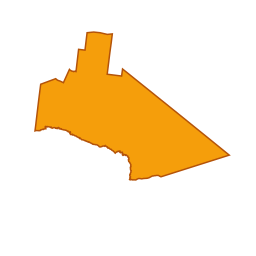 the district of Caseros, Santa Fe, Argentina, rotated 220°
{"feature_id": "61730980B68223475909099", "entity_name": "Caseros", "entity_type": "district", "adm_level": 2, "iso_a3": "ARG", "parent_name": "Argentina", "parent_adm1": "Santa Fe", "projection": "robinson", "projection_center": [-61.441, -33.197], "detail": "fine", "context": "isolated", "style": "filled", "palette": "amber", "viewbox_px": 256, "rotation_deg": 220, "n_neighbors": 0, "source": "geoboundaries", "source_scale": "gbopen_adm2", "svg_char_len": 5109}
<svg xmlns="http://www.w3.org/2000/svg" viewBox="0 0 256 256"><g transform="rotate(220 128 128)"><path d="M220.6,174.7L211.0,160.0L216.4,156.5L204.1,137.8L204.3,137.7L204.6,137.6L204.9,137.6L204.9,137.4L205.6,136.9L205.6,136.7L205.9,136.5L205.9,136.3L206.1,136.1L206.4,136.2L206.7,136.0L207.0,135.9L207.2,135.7L207.3,135.6L207.6,135.5L207.7,135.4L207.9,135.4L208.7,135.3L208.8,135.2L209.2,135.2L209.4,135.2L210.0,135.1L210.5,135.2L206.6,121.2L210.1,120.3L212.7,119.3L215.1,119.3L223.0,105.4L214.5,92.2L201.8,72.8L201.7,72.7L198.8,68.2L197.4,66.0L197.2,66.3L197.0,66.6L196.9,66.9L196.7,67.1L196.4,67.3L196.2,67.4L194.7,68.6L194.4,68.7L194.3,68.8L194.1,69.2L193.7,69.4L193.7,69.6L193.7,70.1L193.7,70.3L193.4,70.5L193.4,70.9L193.2,71.1L192.9,71.4L192.7,71.8L192.6,72.0L192.4,72.4L192.0,72.5L192.1,72.8L191.6,73.4L191.4,73.5L191.2,73.7L191.1,74.2L191.0,74.3L190.7,74.4L190.5,74.5L190.4,74.6L190.5,74.7L190.7,74.9L191.1,75.1L191.5,75.1L191.5,75.6L192.0,75.6L192.3,75.9L192.3,76.0L192.2,76.2L192.0,76.3L191.6,76.3L191.3,76.5L190.7,76.7L190.7,76.9L190.6,77.1L190.7,77.3L190.2,77.5L189.7,77.9L188.8,78.3L188.6,78.4L188.4,78.7L188.2,78.8L187.7,78.7L187.4,78.7L187.2,79.0L187.1,79.3L186.6,79.0L186.4,79.0L186.0,79.2L185.8,79.3L185.5,79.9L185.4,80.1L185.3,80.3L184.9,80.8L184.0,81.4L183.7,81.4L183.4,81.2L182.9,81.5L183.0,81.8L182.8,82.0L182.5,82.0L182.3,82.0L182.2,82.3L182.0,82.1L181.8,82.1L181.7,82.2L181.7,82.3L181.9,82.6L181.9,82.8L181.8,83.0L181.6,83.1L181.6,83.6L181.2,83.6L180.5,83.9L180.3,83.9L180.2,83.7L180.1,83.3L179.6,83.5L179.5,83.8L179.4,83.9L178.9,83.9L178.8,84.0L178.8,84.3L178.7,84.4L178.5,84.1L177.3,84.6L176.6,85.1L176.3,85.1L175.6,85.5L175.1,85.9L174.6,86.0L174.3,86.3L173.9,86.5L173.3,86.5L173.0,86.6L172.5,86.6L172.4,86.6L172.1,87.0L171.6,87.0L171.3,87.1L171.1,86.8L170.9,87.0L170.4,87.1L170.1,87.3L169.7,87.0L169.7,87.7L169.6,87.9L169.3,87.7L169.1,87.2L168.4,86.6L167.9,86.1L167.5,86.3L167.2,86.7L166.6,86.9L166.5,87.2L166.4,87.4L166.4,87.5L166.2,87.5L166.0,87.1L165.8,87.1L165.6,87.5L165.2,87.6L165.0,87.8L163.6,87.9L162.9,88.4L162.8,88.5L162.1,88.4L161.7,88.5L161.3,88.5L161.1,88.5L160.8,88.8L159.8,88.8L159.3,89.0L158.8,89.6L158.7,89.6L158.5,89.2L158.4,89.0L158.3,88.9L158.0,88.9L157.7,89.3L156.7,89.4L156.1,89.3L155.7,89.3L155.1,89.9L154.8,90.0L154.3,90.3L153.3,90.4L152.9,90.6L152.7,90.7L152.5,91.0L152.2,91.1L151.9,91.1L151.5,90.9L151.3,91.0L151.0,91.3L150.5,91.5L149.6,91.6L149.5,91.8L149.5,92.0L149.4,92.1L149.2,92.1L148.9,91.9L148.6,92.0L148.4,92.3L148.2,92.2L147.9,92.4L147.6,92.5L147.0,92.5L146.7,92.6L146.1,92.7L145.9,92.8L145.7,92.9L145.4,93.0L145.1,92.9L144.7,92.9L144.5,93.0L143.9,93.4L143.5,93.5L142.8,94.1L141.8,94.5L141.6,94.8L141.3,94.9L140.9,95.2L139.9,95.3L139.6,95.4L139.1,95.4L138.8,95.4L138.4,95.3L138.3,95.2L138.0,95.2L137.4,95.5L137.2,95.5L136.1,96.9L136.0,97.1L136.0,97.6L135.9,97.7L135.5,98.0L135.1,98.5L134.7,98.9L134.2,99.0L134.3,99.7L134.2,99.9L133.7,99.6L133.2,100.0L132.4,99.8L132.1,99.9L131.7,100.3L131.4,100.2L131.1,99.9L130.7,99.9L130.3,99.7L130.2,99.8L130.2,100.1L130.0,100.3L129.6,100.4L129.2,100.5L128.3,100.3L128.0,100.3L127.7,100.4L127.1,100.9L126.9,100.9L126.3,100.6L125.2,100.7L124.4,101.0L123.9,100.8L123.3,100.8L121.8,100.5L121.6,100.5L121.6,101.2L121.6,101.4L121.5,101.6L121.4,102.0L121.2,102.4L121.3,102.8L121.1,103.0L120.8,103.1L120.7,103.2L120.7,103.5L120.7,103.8L120.6,104.0L120.4,104.1L119.5,104.3L119.4,104.4L119.6,104.8L119.6,105.0L119.2,105.2L118.9,105.0L118.8,104.6L118.6,104.2L118.4,104.2L117.9,104.2L117.6,104.5L117.4,104.8L117.2,104.8L117.1,105.0L117.1,105.5L116.7,105.8L116.6,105.7L116.4,105.3L116.3,105.1L116.1,105.1L115.5,105.1L115.3,104.9L115.3,104.1L115.1,103.9L114.5,103.8L114.2,103.8L114.1,104.0L114.6,104.0L114.7,104.3L114.2,104.7L113.8,105.3L113.4,105.5L113.2,105.6L112.7,105.9L112.6,105.5L112.5,105.4L112.4,105.4L112.1,105.5L111.8,106.0L111.6,106.2L111.3,106.2L110.5,106.1L110.2,106.2L110.1,106.3L109.9,106.2L109.5,105.7L109.2,105.7L109.0,105.8L108.2,105.7L107.9,105.4L107.7,104.8L107.1,104.4L107.3,104.0L107.3,103.9L106.8,103.6L106.3,103.1L105.8,102.8L105.5,102.8L105.1,102.9L104.8,102.7L104.3,102.6L104.2,102.5L103.2,102.1L102.5,101.9L101.9,101.4L101.6,100.7L101.4,100.6L101.2,100.5L101.0,100.4L100.9,100.1L101.0,99.7L101.0,99.4L100.4,99.1L100.2,98.6L99.7,98.2L99.4,97.8L99.3,97.7L98.8,97.4L98.5,97.4L98.2,97.4L98.0,96.8L97.9,96.6L97.5,96.3L97.3,96.0L97.1,94.9L97.0,94.6L96.9,94.4L96.6,94.2L96.3,94.0L96.3,93.8L96.6,93.7L96.6,93.4L96.0,92.7L95.5,92.3L95.1,92.2L94.7,92.2L94.5,91.8L94.6,91.2L94.5,90.9L94.1,90.8L93.7,90.7L93.8,89.6L93.6,89.5L93.2,89.7L92.9,89.8L92.6,90.1L92.1,90.8L90.9,91.3L90.6,91.7L88.6,93.3L88.3,94.1L88.1,94.9L87.7,95.5L87.6,95.8L87.3,96.2L86.0,97.2L85.5,97.4L85.0,97.7L83.9,98.9L83.5,99.5L83.2,99.7L82.8,100.1L81.8,101.0L80.6,102.3L80.1,103.2L79.9,103.4L79.5,104.4L79.2,105.2L78.4,107.0L78.0,107.4L77.7,107.6L77.0,108.6L76.3,109.2L75.5,110.2L74.2,111.2L73.4,111.4L73.0,111.4L71.4,111.8L33.0,172.3L63.6,171.8L107.0,171.0L170.1,169.7L166.3,163.7L178.5,155.8L190.1,173.7L195.7,182.6L200.5,190.0L204.0,186.4L210.7,183.0L216.0,179.4L220.6,174.7Z" fill="#f59e0b" stroke="#b45309" stroke-width="1.5"/></g></svg>